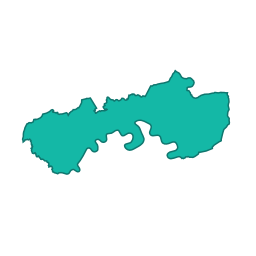 Bang Khla, Chachoengsao, Thailand, rotated 256°
{"feature_id": "78962969B14238280937071", "entity_name": "Bang Khla", "entity_type": "district", "adm_level": 2, "iso_a3": "THA", "parent_name": "Thailand", "parent_adm1": "Chachoengsao", "projection": "natural_earth1", "projection_center": [101.218, 13.751], "detail": "fine", "context": "isolated", "style": "filled", "palette": "teal", "viewbox_px": 256, "rotation_deg": 256, "n_neighbors": 0, "source": "geoboundaries", "source_scale": "gbopen_adm2", "svg_char_len": 5928}
<svg xmlns="http://www.w3.org/2000/svg" viewBox="0 0 256 256"><g transform="rotate(256 128 128)"><path d="M134.5,233.1L135.8,232.4L137.1,232.5L138.1,233.0L138.4,231.6L139.1,230.0L139.6,228.3L139.6,227.5L140.1,227.0L140.2,224.1L141.5,220.9L141.1,219.6L141.4,218.4L141.4,214.5L142.2,210.6L142.0,206.7L141.6,205.9L141.4,204.7L140.7,203.4L140.5,200.9L141.5,199.0L143.0,197.9L144.7,197.7L144.9,197.0L145.1,196.9L147.1,197.0L147.8,196.6L149.1,196.3L149.5,195.9L150.1,194.4L150.5,194.3L152.9,195.3L153.1,197.1L153.0,197.5L152.7,197.8L152.7,199.3L152.9,200.3L153.2,200.8L154.6,202.3L155.7,202.9L156.1,203.1L157.4,203.0L157.7,203.1L160.3,201.6L161.4,200.7L161.6,200.3L162.0,198.5L161.6,196.8L162.6,194.1L164.4,192.2L165.1,192.2L165.8,191.8L166.8,191.7L168.3,191.0L168.5,191.1L169.4,190.3L170.8,188.7L172.2,187.7L171.6,187.1L170.9,186.8L169.7,184.7L167.2,182.8L165.9,181.0L164.8,180.3L163.2,178.8L163.0,173.7L163.3,170.8L163.4,166.9L163.1,166.2L163.6,163.4L162.9,161.8L163.3,160.2L154.4,152.4L154.6,151.8L155.2,151.3L155.3,150.9L155.1,150.4L155.5,150.0L154.9,149.1L154.8,148.6L155.5,147.6L156.1,147.2L156.5,147.3L157.0,146.4L157.4,146.2L157.8,145.4L157.5,144.6L157.5,143.5L157.7,143.3L157.8,142.9L158.2,142.9L158.9,142.4L159.0,142.1L159.6,141.9L159.6,141.0L159.4,140.5L160.0,140.2L159.6,139.3L159.6,138.1L159.2,137.8L159.5,136.8L159.1,136.8L158.7,136.3L157.9,136.2L157.5,135.7L156.3,135.3L156.3,135.1L156.5,134.1L156.2,133.9L155.7,134.0L155.5,132.7L155.7,132.1L157.7,130.8L158.3,129.4L158.2,129.1L157.5,128.5L157.2,128.1L156.8,127.2L156.6,126.2L156.7,125.4L158.0,124.4L158.3,123.6L158.3,123.1L157.5,121.6L157.5,121.2L157.8,120.9L158.8,120.4L159.8,118.0L162.4,116.5L162.8,115.9L162.9,115.6L162.7,115.1L161.3,114.6L160.4,113.8L160.0,114.2L159.3,113.8L158.0,113.6L157.5,112.9L157.2,111.0L156.5,110.7L155.3,111.1L155.0,109.5L154.7,109.1L154.0,109.0L151.8,109.8L151.5,111.9L151.0,112.2L150.6,111.4L150.4,109.6L151.2,106.3L150.8,105.3L151.5,104.8L151.0,102.6L150.1,100.5L150.2,100.1L151.5,100.0L152.8,99.2L153.1,100.5L154.2,100.4L154.8,102.3L166.2,98.7L166.2,96.6L166.7,95.1L166.5,94.9L166.5,89.9L163.8,89.1L160.9,86.6L159.5,85.1L159.8,84.5L158.7,82.1L158.8,79.9L159.1,79.3L158.1,78.2L157.6,76.5L156.9,75.6L156.9,75.0L156.3,74.7L154.8,73.1L156.6,72.9L157.7,71.9L157.5,67.4L158.0,65.3L157.8,64.6L158.8,63.4L160.0,63.5L160.2,63.3L160.3,62.8L159.9,61.9L160.7,61.0L161.5,59.0L162.1,58.9L162.6,59.9L163.0,60.0L164.0,59.3L164.1,58.6L163.8,57.4L162.9,55.9L162.5,54.2L162.1,52.4L162.1,48.7L160.3,47.4L159.1,45.6L158.4,42.2L158.5,41.2L158.8,40.8L158.4,40.4L159.0,39.4L159.0,38.7L157.2,37.7L156.8,37.3L156.4,35.3L156.9,34.1L157.1,33.1L156.7,32.6L156.4,31.7L156.6,31.3L156.4,30.9L153.3,28.2L151.1,27.0L149.4,25.8L147.5,25.0L145.1,24.4L142.6,23.0L141.2,23.1L139.8,22.9L140.7,24.8L141.4,25.1L141.5,25.4L141.2,26.4L141.4,27.6L140.6,28.3L140.6,29.1L141.0,29.7L140.9,30.0L139.5,30.7L139.4,30.4L138.9,30.2L137.7,30.7L135.3,30.3L134.9,30.8L134.4,30.5L134.0,30.8L133.6,30.4L133.0,30.9L132.1,30.3L132.0,29.5L131.7,29.1L131.0,29.7L130.0,29.0L129.3,28.9L126.7,29.2L126.0,30.4L126.0,30.8L126.5,31.4L126.5,31.8L125.5,32.3L125.1,32.1L124.8,32.3L123.2,32.2L122.3,32.4L122.0,33.3L122.6,34.1L122.5,34.5L120.5,35.0L120.2,35.5L119.7,35.8L118.8,35.8L118.5,36.3L118.4,37.7L117.7,38.4L116.3,39.2L115.6,41.2L114.7,41.2L114.2,41.4L114.0,41.6L113.9,42.2L113.6,42.5L111.9,42.5L110.9,41.7L110.2,42.0L109.3,41.8L109.3,42.1L109.9,43.2L109.4,43.5L109.6,43.9L109.4,44.5L108.7,44.9L107.8,44.8L107.2,45.1L106.3,44.1L105.5,44.5L104.4,44.3L104.0,44.7L103.4,44.6L103.2,45.3L102.4,45.7L102.2,46.3L100.6,48.8L101.2,49.9L100.9,52.2L100.3,53.7L98.2,57.2L98.0,58.2L98.1,59.2L98.5,60.0L100.3,61.8L100.8,62.7L101.1,64.3L101.0,65.0L100.7,65.5L98.4,67.6L97.8,68.4L97.6,69.2L97.7,70.1L98.5,70.9L99.6,71.2L100.8,71.1L103.3,70.2L104.5,70.1L105.2,70.3L105.8,70.9L108.0,73.7L111.9,77.7L117.5,82.7L117.9,83.3L118.2,84.1L118.0,85.6L117.0,86.6L114.5,87.7L113.6,88.5L113.1,89.4L112.9,90.2L113.0,91.3L113.3,92.3L113.7,93.0L114.2,93.4L117.1,94.2L119.1,94.2L122.0,93.1L123.0,93.0L123.8,93.5L124.3,94.3L124.4,94.9L124.2,96.4L123.2,97.6L121.3,98.8L120.6,99.5L120.0,101.0L120.1,102.3L120.6,103.5L121.5,104.3L122.2,104.6L125.5,105.0L126.5,105.3L127.1,105.8L127.4,106.7L127.0,110.8L127.4,112.2L128.5,115.3L128.5,117.0L128.1,118.0L127.4,118.5L123.2,119.7L122.0,120.4L121.7,121.2L121.6,122.3L122.8,126.5L122.9,127.1L122.5,128.9L122.1,129.6L121.1,130.5L119.7,131.0L117.8,130.7L115.8,129.8L114.1,128.3L113.4,127.4L113.1,126.4L112.9,122.1L112.7,121.3L112.1,120.6L111.5,120.4L110.4,120.4L109.3,120.7L108.0,121.5L106.9,122.6L106.1,124.2L105.9,126.4L106.3,128.6L107.8,134.1L108.5,136.0L109.6,138.1L110.3,139.0L111.7,140.1L113.0,140.7L114.0,140.9L117.2,140.5L119.4,140.0L124.6,139.3L125.8,139.0L127.1,138.4L129.9,136.2L130.8,135.9L131.4,135.9L132.1,136.4L132.8,138.2L132.9,139.9L132.6,141.7L132.1,143.0L130.6,145.4L127.5,149.0L126.2,150.4L124.8,150.9L123.8,150.9L122.3,150.4L118.7,148.0L117.7,147.8L116.4,148.0L115.4,148.6L114.7,149.6L114.4,150.7L113.9,154.7L113.2,156.3L112.7,156.7L111.5,157.3L106.8,157.4L105.2,157.9L104.7,158.4L103.7,159.7L103.2,161.5L103.1,163.7L103.6,167.6L103.4,169.0L102.9,170.2L101.4,171.2L99.3,171.6L97.3,171.6L96.6,171.3L95.7,170.6L95.0,169.6L94.6,168.3L94.5,162.7L93.8,160.9L93.0,159.9L92.0,159.4L90.4,159.5L89.3,160.0L88.1,161.4L87.8,162.6L87.7,165.5L88.0,169.2L87.9,170.6L87.4,171.5L86.7,172.2L85.4,172.9L85.5,173.7L84.9,174.4L85.2,175.1L85.1,175.9L85.9,176.8L85.9,177.6L85.6,178.8L85.8,179.4L84.7,180.7L84.4,182.2L83.8,183.8L84.1,185.7L85.5,189.5L86.0,190.2L87.3,190.8L87.0,192.8L86.8,198.4L87.7,204.9L89.0,205.1L90.6,207.5L92.7,213.5L92.9,215.0L93.2,215.4L94.5,215.7L95.4,216.2L100.2,218.7L103.4,220.6L105.2,223.8L106.9,225.5L107.4,227.1L108.7,227.7L110.8,227.9L112.9,228.5L115.0,227.6L115.9,227.5L118.8,228.5L120.1,229.2L120.8,230.0L121.7,230.6L125.5,230.6L127.6,231.5L128.2,232.0L129.4,232.4L132.2,232.8L133.7,232.6L134.5,233.1Z" fill="#14b8a6" stroke="#0f766e" stroke-width="1.5"/></g></svg>